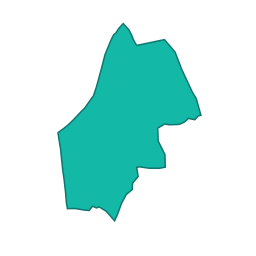 Al-Manathera, An-Najaf, Iraq, rotated 200°
{"feature_id": "34846034B93641163495115", "entity_name": "Al-Manathera", "entity_type": "district", "adm_level": 2, "iso_a3": "IRQ", "parent_name": "Iraq", "parent_adm1": "An-Najaf", "projection": "albers", "projection_center": [44.473, 31.772], "detail": "fine", "context": "isolated", "style": "filled", "palette": "teal", "viewbox_px": 256, "rotation_deg": 200, "n_neighbors": 0, "source": "geoboundaries", "source_scale": "gbopen_adm2", "svg_char_len": 1050}
<svg xmlns="http://www.w3.org/2000/svg" viewBox="0 0 256 256"><g transform="rotate(200 128 128)"><path d="M171.7,214.0L171.7,213.6L173.4,210.6L174.1,204.3L174.3,198.9L174.7,189.1L173.4,176.0L171.7,155.8L171.5,147.3L171.5,146.3L172.2,144.1L173.2,140.4L175.6,131.5L177.4,128.0L181.6,118.2L183.7,113.6L186.1,109.1L188.7,104.9L189.6,103.6L192.2,99.7L189.2,94.1L183.8,84.5L182.2,81.0L175.3,66.9L170.0,56.9L164.4,45.6L160.5,37.1L157.4,31.5L149.9,34.3L144.0,35.4L142.7,35.6L136.4,37.1L134.5,42.4L130.3,42.1L128.2,44.0L120.2,42.4L108.8,36.2L108.3,44.6L108.3,55.2L106.9,64.9L103.0,71.5L104.8,77.7L101.9,85.9L106.4,94.0L103.7,95.5L94.5,97.4L84.9,100.8L79.6,103.9L84.1,115.5L86.7,118.0L95.2,126.1L100.0,138.0L94.9,144.3L90.2,145.2L81.1,148.9L76.9,153.0L74.5,157.7L68.1,158.6L66.0,163.6L63.8,164.8L70.7,174.5L73.9,178.9L80.3,184.2L97.8,201.7L109.8,215.5L123.6,223.3L124.0,223.5L147.9,208.7L149.1,209.3L152.7,212.4L156.9,217.1L160.8,220.6L164.0,222.3L168.2,224.5L168.6,223.6L170.8,218.2L171.7,214.0Z" fill="#14b8a6" stroke="#0f766e" stroke-width="1.5"/></g></svg>